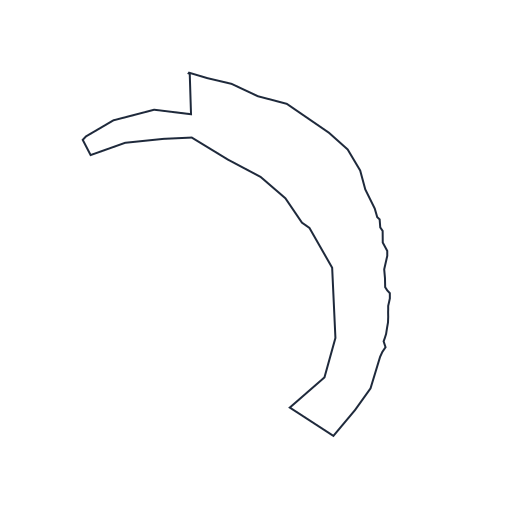 outline of Niuafo'ou, Tonga, rotated 342°
{"feature_id": "48082658B75580171821310", "entity_name": "Niuafo'ou", "entity_type": "district", "adm_level": 2, "iso_a3": "TON", "parent_name": "Tonga", "parent_adm1": "", "projection": "orthographic", "projection_center": [-175.613, -15.598], "detail": "fine", "context": "isolated", "style": "outline", "palette": "slate", "viewbox_px": 512, "rotation_deg": 342, "n_neighbors": 0, "source": "geoboundaries", "source_scale": "gbopen_adm2", "svg_char_len": 935}
<svg xmlns="http://www.w3.org/2000/svg" viewBox="0 0 512 512"><g transform="rotate(342 256 256)"><path d="M324.0,417.3L342.9,390.2L346.6,386.2L351.0,382.8L351.0,376.6L353.1,373.9L355.6,370.4L358.5,364.7L361.0,360.0L362.9,354.8L364.3,350.2L365.2,347.7L366.3,344.3L368.1,341.3L370.2,337.7L371.8,332.7L370.2,329.3L369.2,325.6L371.8,317.0L373.8,308.3L380.9,296.4L382.4,291.7L380.7,282.4L384.2,271.3L383.0,267.2L384.9,259.4L383.3,256.5L383.6,247.6L380.5,226.4L381.5,206.9L376.1,183.0L363.5,161.4L350.3,144.2L332.3,120.8L307.1,104.6L285.9,84.7L264.5,71.7L249.0,61.0L248.4,61.5L249.3,62.2L238.0,101.1L204.3,85.4L185.4,84.3L162.5,82.9L161.4,83.1L131.3,89.7L127.1,92.0L129.9,108.9L159.4,108.1L166.5,107.9L184.2,111.7L204.2,116.0L231.5,123.5L259.3,155.9L284.8,182.2L301.8,210.2L310.0,238.5L315.5,245.8L324.8,290.7L306.2,358.5L283.6,392.6L241.3,410.6L274.0,451.0L302.6,433.1L324.0,417.3Z" fill="none" stroke="#1e293b" stroke-width="2"/></g></svg>